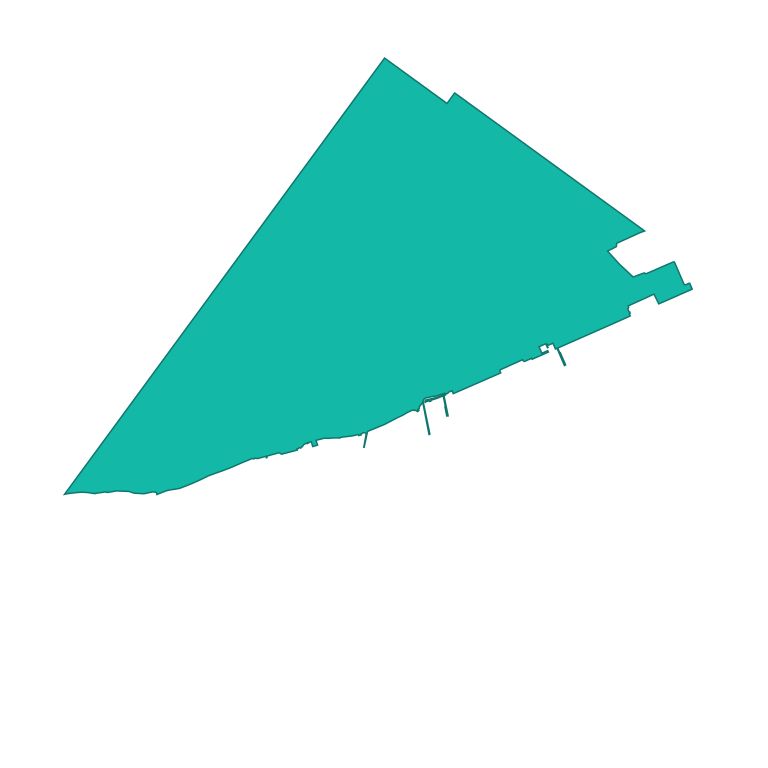 93, Al Wakrah, Qatar (Mercator projection), rotated 36°
{"feature_id": "91078587B9146513397895", "entity_name": "93", "entity_type": "district", "adm_level": 2, "iso_a3": "QAT", "parent_name": "Qatar", "parent_adm1": "Al Wakrah", "projection": "mercator", "projection_center": [51.563, 24.915], "detail": "fine", "context": "isolated", "style": "filled", "palette": "teal", "viewbox_px": 768, "rotation_deg": 36, "n_neighbors": 0, "source": "geoboundaries", "source_scale": "gbopen_adm2", "svg_char_len": 2498}
<svg xmlns="http://www.w3.org/2000/svg" viewBox="0 0 768 768"><g transform="rotate(36 384 384)"><path d="M190.4,661.0L192.6,658.6L194.2,657.0L196.0,655.4L199.9,651.9L202.8,649.4L207.2,646.5L209.2,645.4L213.9,643.0L214.9,642.3L215.2,641.7L222.6,634.6L223.7,634.6L230.6,627.6L240.7,620.9L246.2,619.1L254.4,613.8L260.1,607.4L262.2,606.0L263.8,605.6L265.2,606.9L270.3,598.9L272.3,596.3L276.9,591.8L279.9,588.7L283.9,582.6L287.8,576.3L292.4,568.2L296.0,561.4L299.4,556.3L303.9,549.8L309.5,541.2L315.1,531.6L321.2,521.7L322.8,521.1L323.2,519.8L325.5,518.7L331.0,511.9L332.2,512.8L332.6,512.2L331.6,511.2L339.6,501.2L342.4,501.0L352.7,488.4L351.8,487.8L352.6,486.7L352.6,485.5L354.3,484.8L354.7,482.5L354.8,479.6L356.5,477.0L356.9,477.3L357.6,476.1L357.2,475.8L359.1,473.4L363.1,476.5L366.2,472.5L362.1,469.5L367.8,462.7L370.8,460.8L375.0,457.2L378.5,454.6L379.9,453.9L380.5,452.4L389.1,444.4L390.9,442.3L393.0,439.9L393.9,440.5L395.4,438.8L394.7,438.2L395.9,435.6L397.3,434.6L398.8,434.6L404.8,447.0L405.1,446.8L399.0,433.0L398.7,431.8L408.3,416.2L414.8,403.1L417.6,398.1L419.4,393.8L421.7,389.5L423.3,387.6L423.7,387.7L425.3,386.7L427.4,386.6L427.8,385.1L426.6,385.1L426.2,384.6L427.1,383.4L425.9,381.2L426.2,377.3L426.0,376.6L426.3,376.2L450.1,398.4L450.6,397.6L425.9,375.1L425.2,373.5L425.3,372.4L425.7,371.2L426.8,369.8L431.0,365.1L432.0,364.5L438.7,355.7L439.4,355.9L439.6,356.9L433.6,365.2L427.8,371.7L427.0,372.8L427.6,374.4L428.2,374.6L428.6,373.3L430.1,371.3L430.5,371.1L430.9,371.4L431.9,370.5L431.6,370.2L431.6,369.6L432.4,368.4L435.2,364.6L437.7,360.6L438.9,358.8L447.1,366.4L446.8,366.7L453.6,373.0L454.6,372.1L439.3,358.1L440.2,356.8L440.0,355.7L440.9,354.4L441.3,352.2L443.1,349.4L445.7,351.1L471.9,306.4L469.8,305.2L469.7,304.1L481.9,282.8L483.0,283.4L484.3,283.3L488.4,276.3L489.3,276.9L498.2,261.6L496.8,260.8L493.7,266.3L487.5,262.7L491.2,256.4L494.9,258.5L495.2,258.0L492.5,256.5L492.8,255.9L493.4,256.3L494.2,255.9L496.8,251.7L502.1,254.9L503.0,253.4L519.1,263.0L519.7,261.8L508.3,255.1L508.1,255.6L503.4,252.8L537.5,194.2L543.2,184.2L541.3,183.2L541.6,182.2L540.6,181.3L539.8,181.6L537.1,179.9L536.9,178.3L535.6,177.4L549.6,152.6L559.2,157.7L577.6,126.1L572.2,122.8L571.5,123.3L569.7,126.5L568.9,126.9L568.2,127.0L547.4,114.7L546.9,114.7L546.3,115.2L539.3,127.0L531.2,140.8L529.2,141.2L522.6,151.0L504.2,148.7L486.8,145.1L491.2,136.3L489.6,133.3L501.8,111.7L504.9,107.0L270.1,107.0L270.1,120.0L192.9,120.0L190.4,661.0Z" fill="#14b8a6" stroke="#0f766e" stroke-width="1.5"/></g></svg>